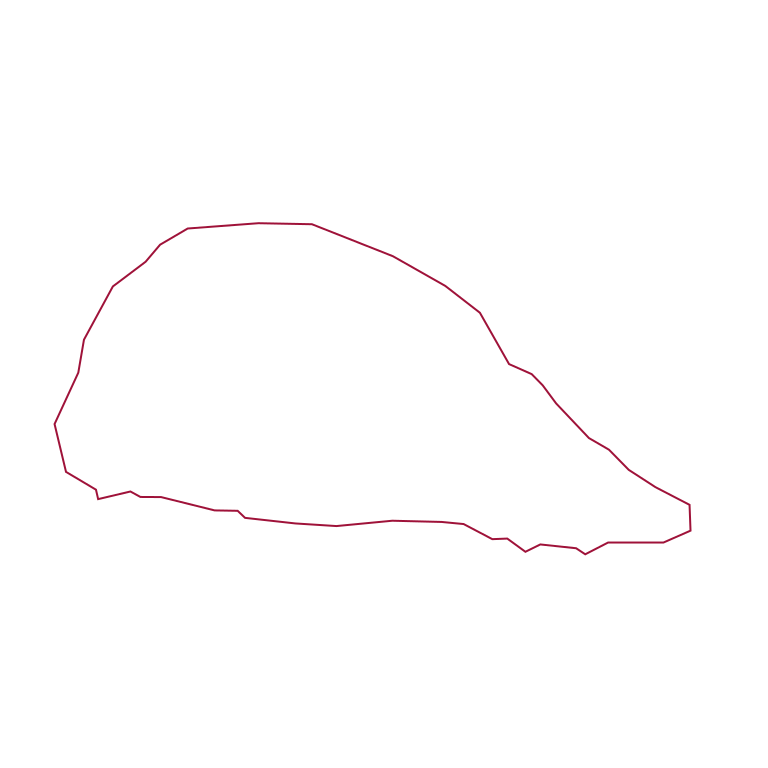 the district of Kuttu, Federated States of Micronesia, rotated 97°
{"feature_id": "79324940B89701258705978", "entity_name": "Kuttu", "entity_type": "district", "adm_level": 2, "iso_a3": "FSM", "parent_name": "Federated States of Micronesia", "parent_adm1": "", "projection": "equal_earth", "projection_center": [153.459, 5.455], "detail": "fine", "context": "isolated", "style": "outline", "palette": "rose", "viewbox_px": 768, "rotation_deg": 97, "n_neighbors": 0, "source": "geoboundaries", "source_scale": "gbopen_adm2", "svg_char_len": 702}
<svg xmlns="http://www.w3.org/2000/svg" viewBox="0 0 768 768"><g transform="rotate(97 384 384)"><path d="M513.9,310.0L513.3,287.9L524.8,257.6L522.4,242.8L533.3,223.2L524.2,209.3L523.6,173.3L528.5,163.5L514.0,142.2L507.3,87.3L492.2,61.9L466.7,66.0L453.3,102.0L439.4,130.6L421.8,152.7L412.7,174.0L382.3,210.8L366.0,226.3L356.2,238.6L349.0,262.3L301.6,297.5L279.2,335.1L256.1,390.7L234.2,475.0L239.7,528.2L253.6,597.8L273.0,623.2L291.7,635.5L320.2,665.0L376.6,687.2L410.0,688.8L463.9,706.1L510.0,688.9L524.0,657.0L533.1,653.7L521.6,622.6L525.8,612.0L523.4,591.5L530.1,536.7L527.7,513.8L533.8,505.6L533.2,454.9L530.8,413.9L518.7,359.1L513.9,310.0Z" fill="none" stroke="#9f1239" stroke-width="2"/></g></svg>